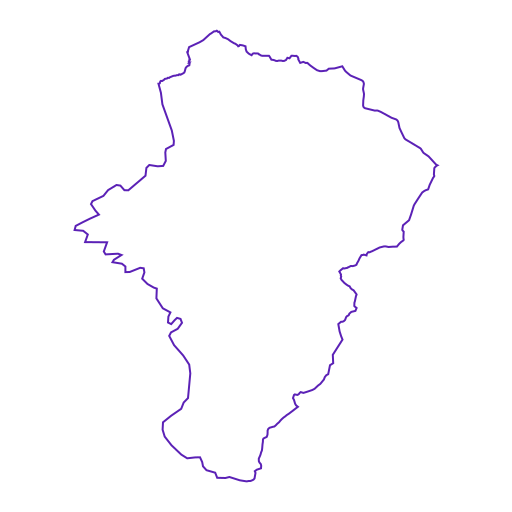 Mataojo, Salto, Uruguay (Albers equal-area conic projection)
{"feature_id": "84410073B62667740173321", "entity_name": "Mataojo", "entity_type": "district", "adm_level": 2, "iso_a3": "URY", "parent_name": "Uruguay", "parent_adm1": "Salto", "projection": "albers", "projection_center": [-56.339, -31.222], "detail": "fine", "context": "isolated", "style": "outline", "palette": "violet", "viewbox_px": 512, "rotation_deg": 0, "n_neighbors": 0, "source": "geoboundaries", "source_scale": "gbopen_adm2", "svg_char_len": 5688}
<svg xmlns="http://www.w3.org/2000/svg" viewBox="0 0 512 512"><path d="M74.6,230.0L83.2,230.8L87.8,234.5L85.1,242.1L107.1,242.3L103.8,251.5L105.6,254.4L118.0,253.7L121.5,255.0L113.9,259.8L112.5,262.2L121.9,263.7L125.4,266.5L125.4,272.1L129.7,272.0L140.2,267.8L143.7,268.3L144.4,272.4L142.2,278.7L147.5,284.0L153.8,287.6L156.8,288.6L156.4,298.4L162.8,308.3L170.4,312.4L168.4,316.6L168.0,322.5L171.2,324.1L174.6,320.2L177.0,317.9L180.5,318.9L182.0,322.8L177.7,328.8L171.0,332.4L169.2,335.9L174.1,345.2L183.2,355.5L189.2,364.6L190.3,373.4L188.0,398.1L183.7,402.5L181.2,408.8L171.2,415.7L163.0,422.3L162.6,429.7L164.7,436.6L171.5,445.3L181.3,454.6L187.2,458.3L195.2,457.4L200.0,457.3L202.2,462.1L203.0,466.3L206.5,470.2L215.2,472.7L217.2,477.8L225.4,478.0L229.4,477.0L239.8,480.3L246.1,481.3L247.1,481.3L248.7,481.0L250.3,481.0L251.5,480.6L253.4,479.7L254.5,478.5L255.5,472.9L254.8,471.2L256.8,469.7L261.0,468.3L261.2,465.8L260.8,464.1L259.6,462.7L258.9,461.4L258.8,460.0L258.8,458.6L260.1,455.7L260.6,454.3L261.1,452.4L261.9,450.5L262.2,448.2L262.5,444.4L262.9,441.8L262.9,440.9L263.0,439.4L263.5,438.5L265.2,437.6L266.6,437.0L267.1,435.9L267.5,434.5L267.6,432.4L267.6,430.6L268.2,429.0L269.5,427.8L272.9,426.8L274.4,426.5L275.9,425.2L277.2,423.8L279.1,422.2L280.2,420.8L281.6,419.3L283.6,417.5L285.2,416.4L286.7,415.1L288.9,413.7L297.9,406.8L296.1,405.4L295.1,403.7L294.0,399.9L293.0,398.1L294.0,395.0L294.8,394.4L296.0,394.7L297.6,394.9L299.0,393.9L299.7,392.9L300.7,392.1L303.4,392.9L305.7,392.2L308.2,391.4L312.3,390.0L314.6,388.8L318.1,385.5L320.3,383.9L323.9,379.5L324.8,377.1L326.3,375.2L328.2,374.2L330.0,365.2L333.2,363.2L332.8,354.8L342.5,339.6L341.1,336.1L339.6,331.4L338.3,324.1L341.0,321.8L342.7,321.7L344.0,321.0L345.1,319.9L346.1,317.2L346.9,316.2L348.1,315.6L348.9,314.9L349.3,313.7L351.3,311.9L355.4,310.9L356.6,308.0L354.6,306.4L354.3,306.0L354.4,302.8L354.9,301.2L356.0,296.0L356.6,294.6L356.5,294.3L353.6,290.3L351.8,289.3L350.6,288.1L349.6,286.3L348.3,285.8L346.6,284.7L344.3,282.9L342.3,280.7L341.8,280.3L340.7,278.4L341.2,276.5L340.8,275.6L341.0,274.5L339.3,271.5L340.5,270.3L343.0,268.3L343.1,268.2L343.9,268.5L344.2,268.5L347.5,267.8L348.0,267.3L348.5,267.2L350.8,266.0L351.2,266.0L352.5,266.1L352.8,266.1L355.0,265.5L355.8,265.1L356.4,264.8L356.5,264.7L356.9,263.5L358.5,260.7L359.5,258.4L361.5,255.1L362.9,255.0L363.7,254.6L366.5,255.4L366.8,254.0L368.2,252.2L368.5,252.1L369.6,252.3L369.8,252.2L370.8,251.7L371.9,251.3L379.6,247.5L384.0,246.4L385.7,246.4L388.6,247.0L392.4,246.7L396.9,246.6L399.3,243.7L401.0,242.1L403.5,240.3L403.7,239.5L403.5,238.6L403.4,237.0L403.7,231.7L402.4,230.2L402.3,229.5L403.0,225.3L408.6,220.6L409.1,220.1L409.3,219.5L411.1,214.4L413.8,205.6L414.6,204.1L418.6,197.9L422.2,192.5L424.4,190.9L426.0,190.1L427.9,189.5L428.1,189.4L428.2,189.2L429.7,184.8L433.1,177.8L433.6,177.2L434.3,176.0L433.9,174.5L434.3,168.3L434.4,168.0L434.7,167.5L435.2,167.0L436.8,165.6L437.4,165.3L436.6,164.9L436.0,164.5L428.6,156.4L423.8,153.1L423.2,152.5L420.8,148.7L420.2,148.2L405.7,139.5L404.8,138.7L404.3,138.1L401.3,131.9L399.5,128.0L398.3,122.3L398.0,121.5L397.5,120.6L396.8,119.9L396.1,119.4L391.6,117.8L380.8,111.9L378.0,110.7L377.1,110.5L374.8,110.6L365.0,108.2L364.5,107.9L363.9,107.4L363.4,106.7L363.3,106.3L363.1,105.5L363.3,100.3L363.8,96.7L364.0,94.2L363.9,93.3L363.1,89.6L363.1,88.4L363.8,84.5L363.9,83.9L363.8,83.4L363.6,82.6L363.4,82.0L362.9,81.2L362.3,80.7L361.3,80.1L351.6,76.0L350.9,75.7L350.2,75.3L346.3,72.0L345.3,71.0L344.9,70.5L342.3,66.3L334.6,68.4L328.8,68.7L326.5,70.6L322.2,71.1L319.8,71.1L317.0,70.2L313.6,67.9L310.3,65.5L308.1,63.6L307.7,63.1L307.4,63.0L307.3,62.9L307.1,62.8L306.6,62.9L306.2,63.0L305.7,63.0L304.7,62.5L303.3,61.9L300.2,62.9L298.3,59.4L298.3,59.1L298.4,58.8L298.4,58.6L297.7,56.9L296.6,56.0L296.2,55.8L295.2,56.0L292.0,55.7L291.6,55.8L291.4,55.8L289.5,58.3L287.4,57.8L286.0,60.0L284.2,60.9L282.8,61.0L281.3,60.6L278.7,60.6L277.3,61.0L275.9,60.9L274.6,60.3L273.2,59.9L271.4,59.7L269.6,56.6L269.0,55.8L268.4,55.8L262.2,55.8L260.8,55.4L259.3,54.4L259.1,54.4L258.8,54.3L258.6,53.9L258.3,53.6L257.0,53.4L255.6,53.5L254.7,53.3L254.0,53.3L252.9,53.6L252.0,54.6L251.6,55.2L249.5,54.1L248.6,53.5L246.6,51.6L245.8,49.3L245.5,46.3L242.8,45.4L239.9,44.9L238.9,46.1L238.2,46.3L237.6,45.4L235.7,44.0L235.3,43.7L234.3,43.4L231.8,41.9L230.5,41.1L228.0,39.2L225.4,38.0L223.3,37.4L222.4,36.3L220.8,34.5L220.2,33.3L219.3,31.7L218.4,31.9L218.2,32.0L217.0,30.8L216.8,30.7L216.3,31.1L216.0,31.2L215.4,31.2L214.9,31.4L214.1,31.3L211.0,33.5L209.9,34.1L203.3,40.1L199.5,42.3L198.4,42.8L189.1,47.1L188.6,48.7L187.9,51.0L188.0,51.8L187.6,52.4L187.3,52.4L189.7,58.9L189.7,59.1L189.8,59.3L189.6,59.4L189.5,59.7L189.4,59.7L189.4,59.9L189.4,60.1L189.4,60.5L189.5,60.6L189.3,60.9L189.2,60.9L189.1,61.0L189.3,61.1L189.3,61.3L189.1,61.4L189.2,61.5L189.1,61.8L189.1,62.0L189.1,62.3L189.3,62.5L189.2,62.6L189.3,62.6L189.2,62.7L189.3,62.9L189.2,63.1L189.4,63.2L189.5,63.1L189.6,63.3L189.3,63.7L189.5,64.2L189.3,65.3L187.8,65.9L186.6,66.8L185.6,68.1L184.8,71.2L184.3,72.5L183.4,73.2L180.6,74.7L179.9,74.3L179.0,74.4L178.6,75.1L177.1,75.1L175.3,75.7L174.4,75.7L173.2,75.9L169.8,77.3L169.1,77.9L167.8,77.8L167.2,78.4L166.0,78.7L164.8,78.9L163.8,80.0L163.2,80.3L162.2,81.0L161.6,81.0L161.2,80.9L160.9,80.9L160.6,81.1L160.4,81.4L159.8,82.7L159.8,83.3L159.4,83.6L159.0,83.8L158.5,83.8L160.9,92.7L162.4,104.3L171.8,130.5L173.9,140.9L173.6,144.9L166.0,149.0L165.3,152.4L165.8,160.9L163.2,165.9L157.7,166.3L149.3,165.0L146.4,167.9L145.5,175.7L128.3,190.3L124.4,190.2L120.4,185.6L116.5,185.0L108.1,190.1L103.4,195.9L92.5,201.1L91.0,204.1L95.4,210.6L98.9,214.6L89.9,218.7L82.8,222.2L75.7,225.9L74.6,230.0Z" fill="none" stroke="#5b21b6" stroke-width="2"/></svg>